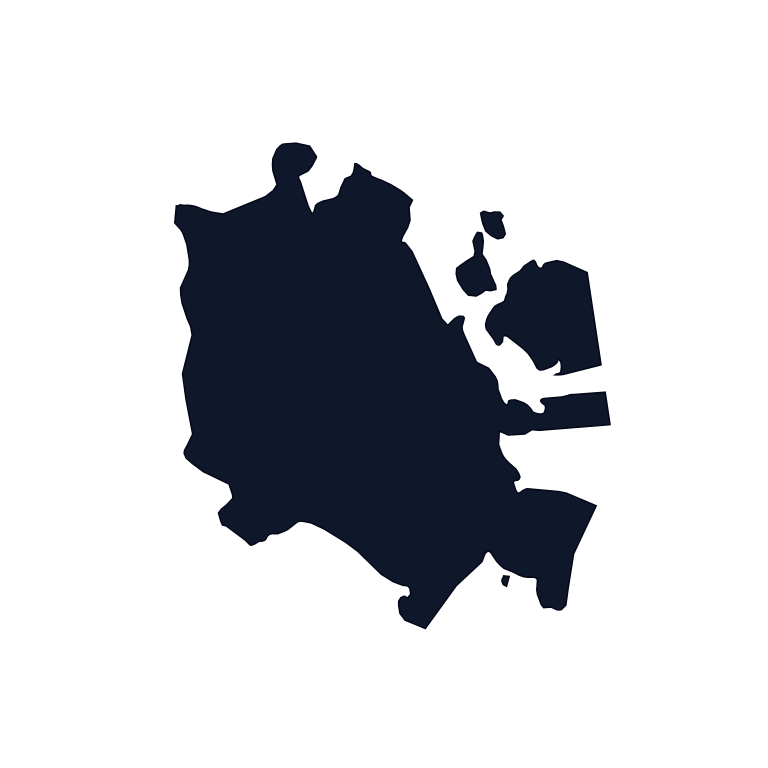 the Canton of Fribourg, rotated 121°
{"feature_id": "CHE-3421", "entity_name": "Fribourg", "entity_type": "Canton", "adm_level": 1, "iso_a3": "CHE", "parent_name": "Switzerland", "parent_adm1": "", "projection": "albers", "projection_center": [7.007, 46.724], "detail": "fine", "context": "isolated", "style": "filled", "palette": "ink", "viewbox_px": 768, "rotation_deg": 121, "n_neighbors": 0, "source": "natural_earth", "source_scale": "10m", "svg_char_len": 4591}
<svg xmlns="http://www.w3.org/2000/svg" viewBox="0 0 768 768"><g transform="rotate(121 384 384)"><path d="M479.9,114.2L486.1,115.8L487.9,118.1L488.4,119.4L488.5,120.1L489.2,125.8L493.5,132.0L492.1,135.6L485.3,144.1L481.8,147.0L473.3,151.3L472.0,152.9L472.2,155.5L475.9,161.8L477.4,165.5L478.2,169.7L478.6,175.9L480.2,186.1L479.5,190.9L477.8,196.4L473.2,206.2L473.7,208.7L475.9,209.9L479.0,209.8L485.8,208.5L519.7,218.2L572.3,222.7L575.6,244.4L572.4,252.2L566.2,257.4L562.5,259.6L558.5,259.5L556.2,258.1L555.2,256.8L555.5,254.3L554.3,253.5L550.4,252.8L545.6,256.9L544.9,259.8L546.9,264.3L548.7,274.2L548.5,288.3L540.9,320.3L539.4,335.5L539.1,360.7L540.6,374.9L543.2,382.2L544.7,385.3L546.8,387.2L558.3,391.6L561.5,393.6L567.2,398.1L570.0,403.0L572.1,404.9L574.6,405.7L577.3,405.4L579.5,405.8L581.4,407.5L582.8,409.6L584.6,410.9L587.1,412.1L590.0,414.1L591.0,415.8L589.3,422.3L586.9,446.2L588.1,449.8L585.8,453.1L579.9,459.4L575.0,459.0L569.2,456.8L559.7,454.7L556.8,456.9L549.6,465.4L552.2,493.6L550.9,507.1L549.4,515.4L546.4,519.6L543.6,520.8L537.1,521.1L525.5,522.2L498.8,546.1L479.0,562.0L440.9,573.6L434.3,579.3L429.5,586.1L419.0,598.4L412.0,604.3L406.4,607.9L386.8,610.3L382.0,612.2L377.7,614.9L366.1,624.7L359.7,632.2L357.6,635.2L356.3,637.8L353.7,646.3L338.2,653.8L337.6,652.3L335.4,651.1L334.0,647.6L331.7,644.0L329.7,639.6L328.4,634.6L327.9,630.7L325.7,620.9L321.2,609.5L284.4,582.1L275.3,578.6L268.2,578.3L258.6,588.9L253.7,592.4L248.1,595.3L238.3,596.7L233.3,595.6L230.4,594.1L222.9,583.5L218.4,570.3L224.0,558.9L225.7,558.5L234.4,558.1L239.9,558.7L241.4,559.3L249.5,564.5L251.7,563.0L253.6,560.0L270.1,541.2L273.6,536.1L274.9,533.5L273.7,532.8L271.3,533.1L266.1,534.6L263.3,533.7L258.7,530.5L251.3,522.9L247.8,520.9L245.2,520.2L237.8,522.1L228.0,523.0L222.8,519.2L218.9,519.1L215.8,520.0L210.1,522.4L209.4,521.1L209.4,517.8L210.2,513.6L210.0,510.0L209.7,507.3L209.6,505.1L210.2,504.2L211.8,503.1L212.3,501.2L211.6,496.1L210.6,490.7L209.6,480.0L209.7,468.7L210.2,464.3L211.8,454.3L219.7,453.5L230.3,446.0L237.8,444.4L248.1,444.0L251.9,443.2L253.5,441.9L253.0,440.8L252.2,439.2L252.4,437.8L256.1,428.1L279.0,394.5L298.4,368.0L300.8,360.0L300.1,359.3L291.7,357.2L289.5,356.1L287.0,354.4L285.3,350.8L286.1,349.1L294.7,346.6L297.4,344.6L299.9,341.6L317.7,315.9L316.6,302.5L320.4,292.7L322.8,288.9L325.8,286.3L329.8,283.6L336.3,275.6L338.5,271.5L339.0,268.4L338.2,267.4L337.4,267.3L334.3,268.4L332.4,266.9L330.0,263.3L328.2,254.6L328.3,250.2L329.5,245.9L331.4,241.9L330.7,237.9L329.4,234.7L327.8,232.7L326.5,232.0L324.6,232.1L322.2,232.8L320.3,233.9L319.2,235.0L319.1,237.1L318.9,238.7L318.2,240.5L317.4,241.3L315.9,241.1L314.1,239.5L303.4,224.7L299.5,220.8L297.4,219.0L277.1,190.2L302.4,169.3L343.7,227.0L346.9,233.6L354.4,237.6L363.8,251.3L364.6,258.4L365.4,260.7L376.9,254.6L382.5,247.8L384.4,244.9L386.1,240.8L387.4,236.0L389.0,227.1L391.2,222.7L393.6,219.6L395.8,219.2L397.5,219.8L399.4,222.0L400.7,222.8L402.2,222.1L407.1,216.5L408.5,213.9L408.1,212.0L404.0,210.2L401.7,208.8L400.0,207.3L386.2,178.8L383.7,171.8L379.1,139.4L431.9,134.0L464.6,120.8L479.9,114.2ZM255.8,207.8L283.6,235.4L285.9,238.5L288.0,242.0L286.9,241.6L285.3,239.9L283.8,238.9L282.5,238.7L278.2,240.6L276.0,242.1L274.0,243.8L272.8,246.6L273.6,247.2L276.0,246.8L279.0,247.4L282.9,249.3L289.8,254.8L291.8,257.7L291.6,260.9L287.6,267.3L284.6,273.6L283.4,276.8L282.6,279.9L281.9,283.2L279.5,303.0L280.5,305.6L281.7,306.7L286.7,304.3L290.8,304.9L291.9,306.4L291.8,308.4L289.1,313.0L284.3,324.4L282.2,326.4L280.7,327.6L275.5,329.2L272.2,329.7L262.9,329.4L260.0,328.9L257.0,327.2L253.7,324.8L250.8,323.4L246.2,324.7L243.2,324.9L238.7,326.6L234.9,329.3L229.5,330.1L227.3,329.9L224.3,329.0L217.4,325.7L214.5,325.0L212.1,324.9L210.0,324.3L201.7,320.3L200.8,319.2L201.4,317.1L203.2,314.8L204.4,312.6L204.7,310.7L203.7,308.8L202.7,308.1L199.8,308.5L198.3,308.2L196.6,307.1L189.3,299.5L187.0,292.5L183.8,267.3L255.8,207.8ZM245.3,336.7L249.1,340.7L251.3,345.5L255.7,347.1L261.1,350.3L264.4,357.4L262.2,364.6L257.3,374.2L252.3,378.9L247.4,381.3L241.4,378.9L236.0,376.5L228.3,372.5L223.4,374.1L215.7,381.3L210.3,382.0L205.9,382.0L204.3,378.0L206.5,375.7L210.3,372.5L215.2,370.1L222.3,366.9L225.1,360.6L231.1,352.6L234.9,349.4L239.3,343.1L242.0,339.1L245.3,336.7ZM197.2,357.3L201.0,361.3L201.6,368.5L200.4,375.6L195.5,382.0L192.2,385.2L187.8,389.2L184.6,387.5L182.9,381.2L179.7,378.0L177.0,373.2L178.6,368.4L183.0,368.4L187.4,362.9L192.9,357.3L197.2,357.3ZM494.3,174.8L494.5,178.3L493.7,179.6L492.2,181.4L490.1,182.3L488.7,182.1L486.8,182.6L484.5,177.6L494.3,174.8Z" fill="#0f172a" stroke="#020617" stroke-width="1.5"/></g></svg>